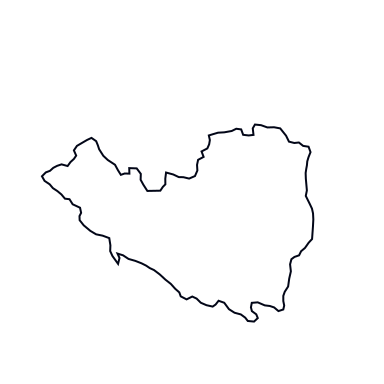 Pirapetinga, Minas Gerais, Brazil, rotated 300°
{"feature_id": "56859067B36322566959360", "entity_name": "Pirapetinga", "entity_type": "district", "adm_level": 2, "iso_a3": "BRA", "parent_name": "Brazil", "parent_adm1": "Minas Gerais", "projection": "equal_earth", "projection_center": [-42.367, -21.664], "detail": "fine", "context": "isolated", "style": "outline", "palette": "ink", "viewbox_px": 384, "rotation_deg": 300, "n_neighbors": 0, "source": "geoboundaries", "source_scale": "gbopen_adm2", "svg_char_len": 2098}
<svg xmlns="http://www.w3.org/2000/svg" viewBox="0 0 384 384"><g transform="rotate(300 192 192)"><path d="M158.2,322.5L165.6,319.5L172.7,317.3L178.4,313.1L183.5,311.7L187.0,313.2L190.7,316.4L195.3,316.1L200.0,317.8L206.5,318.4L211.3,319.5L222.2,314.2L228.9,310.8L234.0,307.5L237.6,304.2L240.3,300.3L245.5,292.5L250.8,290.7L260.5,283.9L265.3,280.9L269.1,279.4L272.5,278.2L276.2,276.5L280.4,275.5L285.8,274.7L289.5,270.3L287.5,265.2L288.3,259.8L285.6,256.1L284.1,250.8L287.8,245.3L291.2,236.6L289.1,230.7L285.6,225.0L284.4,218.4L281.9,212.8L277.5,212.8L272.2,216.7L269.3,212.8L267.1,207.7L270.8,203.3L268.9,198.7L264.7,195.9L259.8,190.1L256.4,184.9L252.5,181.2L249.4,178.3L245.9,181.5L241.9,183.0L237.4,183.5L231.9,180.0L228.2,184.5L222.9,181.2L218.0,182.8L213.3,185.9L207.3,186.6L202.2,182.8L200.5,177.1L198.3,173.1L197.8,167.0L195.9,159.8L190.2,162.2L185.3,165.1L181.9,164.2L177.3,163.9L170.6,152.8L174.0,146.2L176.9,141.4L182.1,138.6L184.8,132.3L181.3,125.7L176.6,128.6L174.4,124.5L171.3,121.8L173.9,116.9L177.1,111.7L177.6,103.1L179.0,97.1L182.6,90.2L185.3,87.2L188.1,83.6L188.6,77.9L184.6,75.1L179.7,72.3L174.4,69.3L169.0,68.9L165.6,73.5L161.6,73.2L157.2,71.8L152.3,71.3L150.7,65.2L147.2,62.1L143.6,59.8L139.3,58.4L135.9,55.6L130.6,54.2L127.9,58.8L127.5,64.9L125.8,69.6L125.5,74.8L124.6,80.1L122.7,85.3L124.5,89.5L121.7,94.8L122.4,102.9L118.5,106.4L114.9,106.6L111.4,108.8L109.0,114.9L107.5,123.4L107.4,130.1L109.5,136.4L110.7,143.4L105.0,148.0L99.9,150.7L96.8,155.1L94.8,159.5L92.8,163.9L98.6,162.2L101.4,158.3L102.7,163.9L102.3,170.5L104.0,177.3L105.0,183.9L105.3,189.1L105.0,193.5L105.4,198.1L104.5,205.3L102.8,212.8L101.8,219.7L99.8,225.8L98.7,231.2L96.0,234.4L96.3,241.0L101.6,244.5L102.0,249.3L100.5,255.0L101.2,261.1L103.1,267.2L106.3,268.7L111.1,269.4L112.2,275.3L109.0,282.6L108.7,289.2L110.4,295.5L109.8,300.9L108.2,304.8L110.8,310.5L115.7,312.0L118.2,308.8L118.8,303.4L121.6,300.7L125.9,299.2L129.3,304.1L130.2,311.7L132.2,316.4L133.1,320.8L132.1,326.4L135.9,329.8L139.8,328.6L143.2,325.6L147.7,323.0L152.0,322.2L158.2,322.5Z" fill="none" stroke="#020617" stroke-width="2"/></g></svg>